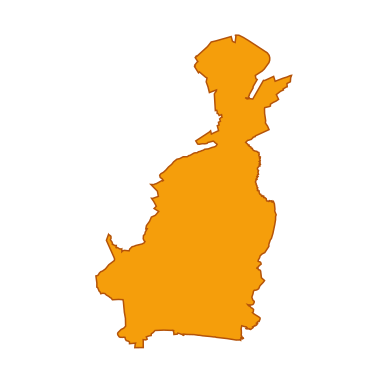 outline of Margineni, Bacau, Romania, rotated 276°
{"feature_id": "2599482B26421783388183", "entity_name": "Margineni", "entity_type": "district", "adm_level": 2, "iso_a3": "ROU", "parent_name": "Romania", "parent_adm1": "Bacau", "projection": "natural_earth1", "projection_center": [26.8, 46.608], "detail": "fine", "context": "isolated", "style": "filled", "palette": "amber", "viewbox_px": 384, "rotation_deg": 276, "n_neighbors": 0, "source": "geoboundaries", "source_scale": "gbopen_adm2", "svg_char_len": 6011}
<svg xmlns="http://www.w3.org/2000/svg" viewBox="0 0 384 384"><g transform="rotate(276 192 192)"><path d="M188.8,275.2L191.2,273.9L190.4,273.1L190.6,272.2L191.6,272.3L191.3,271.2L191.5,269.9L190.8,269.8L190.6,269.3L191.0,268.6L190.8,267.6L191.3,267.0L193.1,266.5L194.0,265.1L193.8,264.2L194.0,263.9L195.3,263.9L195.5,263.4L195.1,262.7L195.7,262.2L195.2,261.6L196.9,260.6L196.9,259.8L197.9,259.1L200.2,258.5L200.1,257.8L200.3,256.9L200.8,256.8L201.5,257.2L202.5,256.4L203.2,256.9L204.0,256.0L205.4,255.8L205.9,255.1L207.2,254.9L208.6,254.0L209.7,254.4L210.8,254.3L211.3,255.3L212.1,254.6L213.1,255.5L214.0,254.9L214.4,256.0L215.3,255.3L215.9,255.3L216.6,256.3L218.4,255.5L219.0,255.8L219.6,255.5L220.2,255.9L221.5,254.7L222.1,254.6L222.9,254.7L224.3,255.8L224.9,255.9L225.0,256.8L225.9,256.5L226.5,257.2L227.1,256.9L227.0,256.7L226.3,256.4L226.8,255.9L227.0,256.2L228.5,256.6L229.2,255.7L229.7,256.5L230.4,256.6L230.8,256.0L232.3,256.3L232.6,255.6L233.1,255.5L233.5,256.3L233.9,256.4L234.2,256.0L234.0,255.4L235.4,254.6L235.7,254.5L236.2,254.9L238.3,254.4L238.4,254.2L238.3,253.2L239.2,252.3L239.3,250.5L239.8,248.8L240.9,247.6L241.7,247.5L241.7,246.4L242.9,245.9L243.4,244.3L244.1,244.0L244.1,243.6L244.6,243.6L244.4,243.1L245.1,242.7L247.0,240.2L249.3,242.1L249.4,243.1L249.8,243.6L250.5,245.4L252.4,247.0L252.8,247.0L253.7,249.1L254.4,249.1L262.1,262.1L265.3,260.3L268.3,257.8L270.7,257.8L277.7,256.0L282.3,255.4L283.5,255.5L285.2,260.3L285.7,261.0L287.5,260.8L289.5,263.3L291.2,266.1L293.2,268.4L297.7,265.7L301.4,269.5L303.0,272.2L303.9,271.8L306.2,274.7L306.6,275.7L309.8,275.1L311.9,278.3L315.9,278.2L318.4,278.8L318.0,277.5L316.3,274.5L314.6,270.5L310.8,263.1L315.5,261.1L310.8,253.2L310.5,252.6L310.5,251.4L290.8,242.7L290.9,239.3L290.3,237.1L291.1,235.6L291.3,235.7L291.2,237.7L291.7,239.1L292.9,238.3L294.2,238.9L295.1,238.9L301.9,241.9L302.9,241.7L303.6,241.9L310.7,245.1L311.4,243.7L314.5,242.8L319.6,249.1L321.8,251.0L328.7,255.0L331.2,255.5L333.6,255.3L336.0,254.4L338.2,252.4L348.5,232.4L351.1,226.9L352.8,222.3L352.6,219.1L352.4,218.8L351.4,219.4L345.2,219.3L345.6,217.6L346.3,216.4L350.7,214.7L344.8,200.0L343.2,195.4L338.2,192.2L327.2,182.4L327.6,182.0L326.0,181.1L322.3,184.2L321.7,183.5L318.4,181.4L317.7,182.0L317.0,181.4L311.2,186.0L312.2,186.8L307.6,193.5L307.0,195.0L303.0,194.6L298.3,196.9L292.7,198.9L296.1,205.7L295.0,205.7L292.3,204.1L291.7,204.0L275.4,206.7L275.9,208.0L274.7,208.6L272.8,208.8L272.7,209.8L270.9,211.0L272.0,213.3L269.5,214.0L269.3,213.3L267.5,211.8L265.3,212.9L264.1,211.0L261.5,211.9L260.6,210.2L255.8,212.0L251.7,205.2L254.8,204.1L253.4,202.9L243.2,190.4L240.3,192.6L240.2,194.1L241.1,197.2L241.3,199.8L241.9,201.9L242.9,202.6L244.8,207.8L244.5,208.5L243.6,209.6L242.1,212.0L241.2,211.6L240.1,210.9L239.3,209.7L238.3,207.0L236.6,203.7L235.8,200.1L234.8,199.0L234.0,197.1L233.4,196.2L232.7,194.2L231.5,192.8L231.3,191.0L230.8,189.7L228.2,186.2L228.0,185.2L226.6,183.6L226.1,179.5L223.9,176.2L223.0,173.5L220.1,170.6L217.4,168.9L214.4,166.0L211.2,163.8L208.6,161.5L207.0,159.2L205.3,158.1L203.1,158.9L202.0,160.9L200.5,162.3L199.9,161.6L200.3,161.0L196.4,155.4L196.2,154.5L195.4,153.4L195.2,150.3L189.2,157.5L184.1,159.0L181.6,153.7L181.5,152.4L178.5,155.0L174.1,158.0L171.6,156.0L169.2,160.9L165.0,158.0L162.8,154.2L158.5,152.9L153.8,150.2L150.5,149.9L150.7,151.2L147.3,149.7L145.0,149.5L143.7,148.3L142.5,148.3L140.3,148.4L138.4,149.6L137.9,150.4L136.5,149.8L135.1,147.8L132.9,141.6L132.0,140.1L131.3,138.1L128.7,136.0L126.9,135.6L126.9,130.9L126.3,129.3L125.3,128.5L128.1,128.1L127.9,127.8L127.9,125.9L129.0,123.6L128.6,122.5L128.9,122.2L130.9,122.3L130.7,120.4L131.4,119.6L131.6,118.3L132.5,118.3L134.1,117.5L135.8,115.9L136.4,115.9L137.4,116.3L139.1,116.1L139.9,115.6L140.0,114.9L140.6,114.5L140.7,113.6L141.0,113.4L135.0,111.9L118.8,121.3L117.3,122.0L115.7,121.9L111.0,116.9L106.5,114.0L103.9,111.1L103.3,109.7L101.8,108.4L99.5,107.3L98.9,106.4L98.5,105.2L91.5,106.9L87.4,107.3L87.0,108.2L83.7,110.0L82.9,111.1L81.3,111.9L82.0,113.9L81.9,116.0L80.6,117.6L79.4,120.3L78.7,121.2L78.0,122.7L76.5,124.1L77.5,130.2L77.7,134.6L75.8,135.2L65.3,137.3L59.4,139.0L51.6,140.0L49.4,138.3L47.9,135.9L45.1,133.6L44.3,133.0L43.2,132.8L42.1,133.2L40.2,134.9L40.0,136.2L40.2,138.3L40.5,139.4L40.4,140.6L38.9,141.0L37.4,142.1L36.9,144.5L36.3,145.5L34.6,145.7L35.8,151.7L34.5,151.4L31.2,151.4L32.2,159.8L40.1,158.9L40.1,161.5L40.9,162.8L43.2,161.7L44.4,164.3L45.0,166.4L46.7,166.3L48.2,168.1L50.4,169.7L51.7,178.4L52.2,185.8L52.5,187.2L52.3,188.2L51.4,188.0L50.7,188.5L48.4,188.9L49.1,192.2L50.1,192.5L49.9,194.7L49.4,196.1L49.4,196.8L48.5,198.3L48.7,198.7L49.7,198.0L49.8,198.3L49.8,201.7L50.4,209.0L50.2,213.4L50.3,214.7L50.1,217.8L50.2,225.6L50.1,229.4L50.4,230.0L50.0,231.1L49.9,242.4L49.4,251.4L49.8,254.6L50.1,254.9L49.6,255.9L52.0,255.9L51.1,257.3L51.8,258.4L52.3,258.2L53.4,256.5L54.1,256.4L54.7,255.9L56.8,255.9L60.2,255.4L60.6,255.1L64.2,255.5L63.6,258.4L63.6,260.0L62.7,261.1L62.6,260.4L62.0,259.8L61.6,260.2L61.6,260.4L61.9,260.7L61.6,261.3L61.9,261.8L61.6,263.5L61.9,263.7L61.5,264.1L61.4,264.7L63.5,266.9L64.2,266.4L64.9,267.8L65.7,268.1L65.6,269.1L66.7,270.3L67.4,270.5L67.5,270.3L67.2,269.9L67.4,269.8L68.1,269.8L67.7,270.7L67.9,271.0L68.6,271.0L68.7,270.6L69.6,270.7L70.4,271.6L70.3,272.3L72.9,273.0L73.9,272.8L74.7,271.6L77.1,266.6L78.4,264.8L78.7,265.2L79.6,265.5L81.6,265.5L82.7,264.2L83.0,263.0L84.3,261.7L84.8,260.2L85.8,259.2L85.5,260.7L85.8,261.2L85.7,262.2L86.4,264.2L87.3,264.9L88.9,265.4L89.8,265.3L90.9,263.8L93.7,262.5L97.1,263.3L99.6,263.5L100.8,264.2L101.0,265.6L101.5,266.8L102.7,268.4L105.9,269.4L109.6,272.3L111.5,273.4L114.0,270.0L120.6,268.5L121.5,267.7L121.7,266.3L122.6,265.8L123.0,264.5L123.8,264.8L124.2,265.7L125.5,266.3L127.5,268.3L128.5,268.0L129.4,267.4L130.0,265.0L131.1,265.0L133.7,266.1L135.6,266.4L137.8,268.3L139.3,270.7L145.9,274.1L148.1,273.9L152.6,274.9L154.0,275.8L159.3,276.8L168.1,277.7L173.2,278.0L176.3,277.7L178.1,278.1L181.8,276.2L183.5,276.3L188.8,275.2Z" fill="#f59e0b" stroke="#b45309" stroke-width="1.5"/></g></svg>